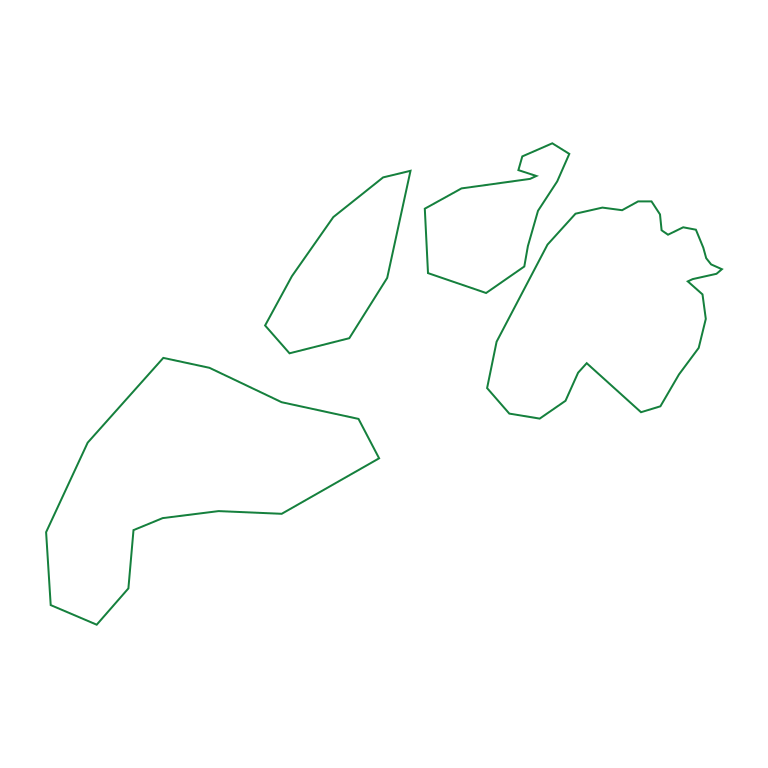 the border of Föglö
{"feature_id": "ALD-4814", "entity_name": "Föglö", "entity_type": "state/province", "adm_level": 1, "iso_a3": "ALA", "parent_name": "Aland", "parent_adm1": "", "projection": "orthographic", "projection_center": [20.496, 60.014], "detail": "fine", "context": "isolated", "style": "outline", "palette": "green", "viewbox_px": 768, "rotation_deg": 0, "n_neighbors": 0, "source": "natural_earth", "source_scale": "10m", "svg_char_len": 977}
<svg xmlns="http://www.w3.org/2000/svg" viewBox="0 0 768 768"><path d="M46.1,532.2L87.7,442.6L163.3,357.9L209.4,367.8L281.6,402.2L358.5,418.9L379.1,458.3L281.7,513.8L218.6,511.1L162.7,518.1L133.5,530.1L128.4,588.4L96.7,624.7L50.7,605.1L46.1,532.2ZM706.2,258.2L711.1,264.4L721.9,269.2L716.5,273.8L692.7,279.1L687.8,281.4L702.5,294.4L705.8,318.9L698.7,347.9L679.0,374.4L660.4,406.3L641.0,412.2L586.7,363.2L578.1,372.7L565.5,400.8L539.7,418.6L509.3,413.6L487.1,388.1L496.6,341.7L547.5,244.6L575.5,213.7L602.4,207.6L622.1,210.2L638.1,201.4L651.5,201.4L660.0,214.4L661.6,230.3L668.0,234.7L683.2,227.3L695.9,229.7L703.3,247.7L706.2,258.2ZM333.3,217.1L383.1,177.4L410.5,170.8L387.2,277.9L349.3,338.2L289.5,353.3L265.1,325.5L291.9,276.2L333.3,217.1ZM527.9,246.1L524.3,266.5L486.1,293.0L428.0,273.1L424.8,208.7L461.5,188.4L530.0,178.9L536.3,176.0L518.4,170.1L522.3,156.4L552.3,143.3L569.3,153.9L557.2,181.4L538.0,210.8L527.9,246.1Z" fill="none" stroke="#15803d" stroke-width="2"/></svg>